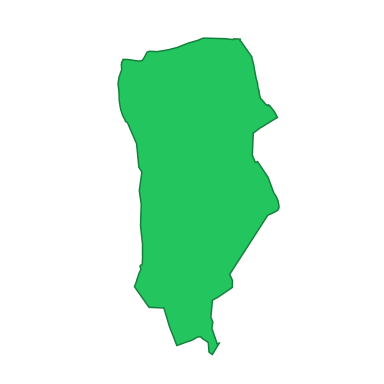 outline of Ar Rahad, North Kordufan, Sudan, rotated 188°
{"feature_id": "16777658B34397203362025", "entity_name": "Ar Rahad", "entity_type": "district", "adm_level": 2, "iso_a3": "SDN", "parent_name": "Sudan", "parent_adm1": "North Kordufan", "projection": "robinson", "projection_center": [30.672, 12.815], "detail": "fine", "context": "isolated", "style": "filled", "palette": "green", "viewbox_px": 384, "rotation_deg": 188, "n_neighbors": 0, "source": "geoboundaries", "source_scale": "gbopen_adm2", "svg_char_len": 2881}
<svg xmlns="http://www.w3.org/2000/svg" viewBox="0 0 384 384"><g transform="rotate(188 192 192)"><path d="M267.6,252.6L265.7,251.9L263.6,248.5L253.6,232.1L248.1,209.2L244.4,204.7L244.4,186.1L240.5,172.5L240.4,171.4L238.3,151.5L234.1,134.9L234.0,134.7L233.8,133.9L231.8,119.8L231.2,113.6L231.7,112.6L232.8,112.3L233.2,111.2L232.7,110.1L231.8,108.5L233.0,104.7L234.4,97.3L234.8,94.5L235.8,90.2L218.5,71.8L203.7,73.2L202.9,71.5L195.6,55.6L194.6,53.8L194.5,53.6L190.1,45.9L185.8,38.1L185.6,38.2L185.5,37.9L176.6,42.7L172.8,44.4L170.5,45.9L167.0,48.7L164.9,49.6L163.1,49.7L162.8,49.4L160.8,48.0L160.7,47.9L158.0,46.8L155.6,45.5L154.9,45.0L152.9,35.9L149.3,33.8L149.2,33.9L146.0,41.5L143.9,46.3L144.0,46.3L145.9,45.1L153.4,59.9L153.3,62.5L153.3,66.2L155.9,70.6L156.7,87.7L151.7,91.4L138.8,103.1L139.6,110.0L143.2,115.7L137.0,129.3L136.4,130.5L113.7,179.6L109.1,182.4L105.3,185.2L103.9,187.0L103.8,188.2L103.7,189.2L104.3,191.5L105.8,195.7L108.2,199.4L110.9,202.6L118.7,217.1L131.3,231.2L133.4,230.1L137.4,236.9L139.5,258.7L139.5,258.9L133.7,264.7L130.6,267.1L127.9,269.4L119.8,276.1L118.9,276.9L118.7,276.8L118.2,277.3L118.4,277.4L118.0,277.8L117.8,277.9L118.2,278.4L118.6,278.8L120.2,281.2L121.7,283.1L126.7,288.0L128.4,289.0L129.2,288.5L128.8,288.3L128.8,288.2L128.9,288.3L129.2,288.5L129.6,288.7L130.3,288.3L131.5,289.4L135.0,292.5L136.3,293.6L137.5,294.8L139.1,299.0L139.2,299.5L139.6,300.3L139.6,300.5L139.6,301.2L139.6,301.6L140.7,303.4L140.8,303.6L141.6,305.8L142.0,308.3L144.2,313.1L145.3,316.4L146.9,321.1L148.8,327.0L150.1,330.3L150.7,331.5L151.5,334.0L151.9,334.5L152.2,334.9L154.8,337.6L155.3,338.2L156.0,338.9L156.7,339.7L157.5,340.6L158.0,341.0L159.1,342.2L159.3,342.4L159.8,343.0L160.0,343.2L160.8,344.0L162.1,345.5L162.9,346.3L163.1,346.5L163.3,346.8L164.5,348.0L165.0,348.1L165.2,348.4L165.3,348.5L165.6,348.8L165.5,349.0L165.5,349.3L165.5,349.5L165.4,350.0L167.3,350.0L168.9,349.8L169.0,349.8L170.2,349.7L170.3,349.6L170.7,349.6L171.2,349.5L171.6,349.5L171.9,349.5L172.0,349.5L172.4,348.8L172.5,348.6L179.9,348.5L200.5,346.2L202.1,346.0L208.1,342.6L211.4,341.2L212.7,340.6L216.3,339.0L222.7,335.4L226.9,333.0L235.1,329.6L242.7,327.2L246.3,326.1L253.6,325.5L255.8,324.4L256.1,323.7L256.7,322.3L257.8,319.0L258.8,316.9L259.5,315.3L260.1,315.1L263.3,314.2L264.8,314.2L272.2,314.3L272.7,314.3L274.0,314.3L278.2,313.8L278.8,313.7L278.8,312.6L279.3,311.3L279.5,310.9L279.7,310.5L279.6,309.3L279.6,308.8L279.7,308.0L279.6,307.7L279.5,307.3L279.1,305.4L278.7,303.5L278.7,303.4L278.8,302.6L279.0,301.7L279.3,300.4L279.4,300.0L279.6,299.0L279.6,298.6L280.3,295.4L280.3,293.6L280.3,293.2L280.3,290.3L280.2,288.6L280.2,288.4L279.7,286.7L279.2,284.7L278.9,283.5L278.5,282.2L278.5,281.9L277.9,278.8L276.7,272.0L275.2,267.2L274.1,263.8L272.8,261.2L271.9,259.4L271.3,258.2L270.2,256.6L268.6,254.3L268.0,253.2L267.6,252.6Z" fill="#22c55e" stroke="#15803d" stroke-width="1.5"/></g></svg>